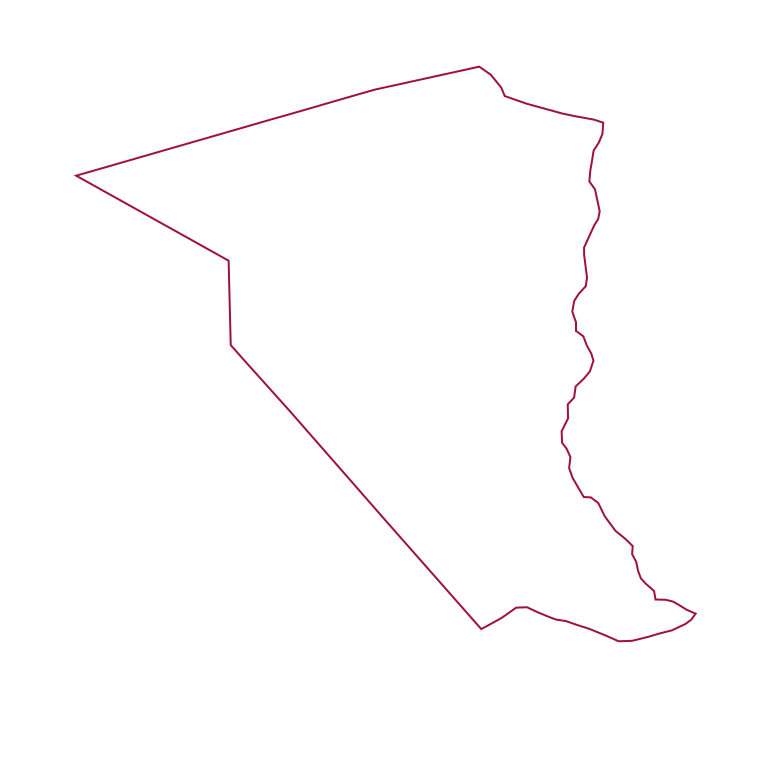 Miranda do Norte, Maranhão, Brazil, rotated 80°
{"feature_id": "56859067B705481453329", "entity_name": "Miranda do Norte", "entity_type": "district", "adm_level": 2, "iso_a3": "BRA", "parent_name": "Brazil", "parent_adm1": "Maranhão", "projection": "orthographic", "projection_center": [-44.488, -3.552], "detail": "fine", "context": "isolated", "style": "outline", "palette": "rose", "viewbox_px": 768, "rotation_deg": 80, "n_neighbors": 0, "source": "geoboundaries", "source_scale": "gbopen_adm2", "svg_char_len": 1313}
<svg xmlns="http://www.w3.org/2000/svg" viewBox="0 0 768 768"><g transform="rotate(80 384 384)"><path d="M164.7,122.7L160.0,131.6L153.0,150.5L148.5,161.7L132.6,195.1L121.4,215.1L112.6,217.0L105.7,220.8L97.9,225.2L88.0,235.1L92.5,342.1L94.9,365.0L102.2,432.5L103.5,445.6L125.4,651.0L235.6,515.6L319.1,528.2L334.7,518.6L394.1,481.6L514.2,408.9L642.2,330.8L639.2,321.6L634.8,308.8L630.3,299.2L627.2,292.7L628.7,281.9L635.6,272.1L641.9,262.2L645.8,255.6L649.1,245.9L654.5,236.3L660.8,224.3L670.3,209.2L678.1,197.6L680.0,184.2L678.8,166.8L677.6,156.7L676.6,143.2L672.7,128.9L669.5,122.4L664.3,117.0L658.9,125.1L653.0,131.7L648.5,137.1L645.4,144.1L643.4,154.0L634.8,154.0L626.1,160.9L620.0,164.8L611.9,166.3L603.0,166.5L594.7,169.2L586.8,167.2L578.2,173.4L568.9,181.5L552.8,189.5L538.3,193.7L531.6,200.0L530.0,206.9L519.3,210.9L509.0,214.6L498.9,216.3L488.4,213.1L479.2,215.5L472.9,218.8L461.4,217.3L449.8,208.7L436.0,206.6L430.3,199.1L419.7,195.7L413.6,186.5L407.4,179.1L397.4,173.7L389.9,174.6L381.3,177.6L371.7,179.4L365.1,185.7L356.7,184.2L345.4,186.0L335.3,182.3L329.3,176.9L322.7,168.3L314.6,165.6L291.8,164.5L284.4,163.3L264.1,149.3L258.7,144.4L251.4,141.6L229.0,142.4L220.1,146.6L210.1,143.9L200.9,140.6L190.5,137.0L183.5,130.5L175.8,125.5L164.7,122.7Z" fill="none" stroke="#9f1239" stroke-width="2"/></g></svg>